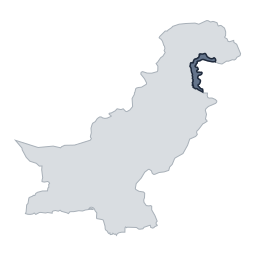 location of Azad Kashmir within Pakistan
{"feature_id": "PAK-1109", "entity_name": "Azad Kashmir", "entity_type": "Centrally Administered Area", "adm_level": 1, "iso_a3": "PAK", "parent_name": "Pakistan", "parent_adm1": "", "projection": "mercator", "projection_center": [73.919, 33.973], "detail": "fine", "context": "in_parent", "style": "filled", "palette": "slate", "viewbox_px": 256, "rotation_deg": 0, "n_neighbors": 0, "source": "natural_earth", "source_scale": "10m", "svg_char_len": 6595}
<svg xmlns="http://www.w3.org/2000/svg" viewBox="0 0 256 256"><path d="M236.7,44.3L240.6,53.7L240.0,55.7L236.9,57.3L235.7,59.2L234.3,60.0L232.4,59.7L228.5,61.2L226.6,61.1L222.0,64.0L218.5,63.4L214.8,61.7L211.5,61.6L202.4,59.5L197.7,61.4L195.4,66.1L195.6,67.0L197.2,67.6L197.9,68.5L198.0,69.2L196.9,71.2L197.6,72.1L201.7,72.6L201.7,73.3L201.3,74.3L198.3,76.0L197.9,77.1L198.3,78.6L200.3,80.7L199.9,82.7L198.2,85.1L198.3,86.0L200.0,87.8L202.5,89.2L202.8,91.4L202.5,92.2L203.2,92.9L207.5,93.1L207.2,95.6L207.8,97.5L209.2,98.1L212.0,98.0L215.4,99.5L216.8,101.0L216.7,102.0L215.7,103.3L208.5,106.4L206.0,108.6L205.3,110.3L206.5,114.3L205.5,118.9L205.8,119.7L206.7,120.1L207.1,121.3L203.5,123.6L203.0,123.6L198.4,129.7L196.9,131.0L196.6,132.4L197.3,134.5L195.6,136.5L189.7,139.1L187.6,145.2L183.0,153.5L175.2,157.9L174.5,158.8L172.2,164.4L169.7,167.0L168.7,170.4L164.1,171.9L159.1,172.5L154.8,174.3L153.7,174.4L152.3,173.4L151.4,170.8L149.4,169.4L148.3,169.4L144.7,172.2L141.2,178.1L136.2,183.6L135.3,188.5L135.8,189.5L139.0,191.3L143.5,192.0L144.7,193.2L144.5,197.7L143.7,199.9L144.0,202.4L146.3,205.6L148.9,205.9L150.6,205.6L151.7,206.2L151.7,209.9L154.9,215.5L157.2,221.2L156.2,222.3L156.1,223.0L156.2,224.3L157.2,225.1L157.2,225.6L155.0,226.5L153.8,227.7L152.6,228.1L150.7,227.4L150.3,225.3L149.5,225.4L144.0,227.3L142.9,228.8L139.9,229.2L138.7,229.1L136.5,227.5L127.4,227.2L126.4,227.7L125.7,226.9L125.0,227.7L124.9,232.2L121.6,232.2L118.8,232.8L117.1,233.9L116.5,235.4L115.4,234.0L114.2,234.3L112.9,233.2L112.3,234.3L110.2,234.6L109.9,232.9L108.8,233.5L107.9,232.6L107.6,231.4L106.0,230.3L105.2,229.0L105.0,226.1L103.3,220.2L102.3,219.6L96.8,218.6L96.5,217.5L96.8,212.9L95.0,210.6L94.5,209.0L93.0,207.6L91.6,207.2L90.1,207.4L88.9,208.8L92.0,208.6L93.5,209.6L90.3,209.3L85.4,210.0L82.6,211.0L78.8,210.7L74.0,211.6L70.0,211.7L68.4,213.6L66.8,212.8L61.4,211.3L60.1,210.2L58.3,211.2L55.4,210.5L53.1,211.0L52.2,211.9L52.2,213.2L47.7,212.5L45.5,213.0L40.7,212.4L39.4,212.5L35.8,214.4L34.2,213.0L32.7,214.0L30.2,214.4L27.9,214.3L25.4,213.6L26.1,212.0L26.7,204.9L28.0,203.4L28.8,198.5L29.2,197.5L32.7,196.1L33.2,195.3L34.8,195.5L35.8,193.4L37.5,192.3L42.4,191.0L47.5,190.9L47.9,188.0L48.8,187.4L48.7,184.3L49.6,183.5L49.5,183.1L48.9,182.2L47.7,181.5L44.2,182.1L42.0,181.6L42.1,179.9L42.7,177.7L41.7,169.8L42.0,166.0L39.3,166.1L36.3,163.3L29.9,161.2L26.2,157.3L22.2,149.8L22.0,148.1L15.4,140.3L38.1,147.5L53.2,146.1L60.6,147.8L61.6,146.7L64.7,145.3L74.5,145.1L90.3,140.2L91.4,138.5L90.5,137.3L90.4,136.3L91.3,132.9L91.0,128.2L91.9,125.1L92.6,123.3L95.3,121.6L97.2,118.7L98.6,117.6L99.9,116.9L101.3,117.0L102.6,117.9L104.9,118.4L107.2,118.1L111.2,116.3L111.1,115.7L109.3,114.5L109.0,113.7L109.7,113.1L111.2,113.0L115.1,110.9L117.1,108.8L121.0,109.6L123.2,108.8L125.7,111.4L126.9,111.6L129.9,109.9L132.6,106.6L132.1,98.5L134.4,94.3L134.4,93.0L135.0,91.9L135.7,88.8L136.6,88.0L138.5,87.5L141.5,87.2L146.3,84.3L146.6,83.0L144.5,78.8L140.8,74.1L141.1,72.3L142.6,71.6L147.2,73.1L151.7,73.2L157.3,71.6L157.8,70.4L157.9,66.2L156.1,63.5L157.5,62.3L160.6,57.8L162.9,56.1L165.2,52.5L164.1,50.6L164.9,48.6L164.5,46.2L163.8,45.4L162.5,41.3L161.3,39.5L159.1,37.8L159.8,36.4L165.2,31.0L167.3,31.0L168.0,30.1L171.8,27.5L172.6,26.4L179.1,24.2L186.0,23.5L195.0,23.1L198.8,24.2L206.6,20.6L207.9,20.6L210.6,22.0L212.9,21.4L214.2,21.7L217.0,22.7L218.1,25.7L218.6,26.0L220.1,25.4L221.4,25.7L224.5,28.1L225.7,31.9L225.6,35.6L224.7,37.0L224.8,37.6L227.0,38.8L228.1,41.4L229.6,41.7L233.7,40.4L233.9,42.4L236.7,44.3Z" fill="#d9dde1" stroke="#a8b0b8" stroke-width="1"/><path d="M215.3,61.7L215.1,61.6L214.6,61.6L213.7,61.8L212.4,61.8L207.5,60.8L204.0,59.6L203.1,59.4L202.2,59.5L201.3,59.8L200.3,60.6L199.9,60.8L197.7,61.2L197.5,61.3L197.1,61.6L197.1,62.0L197.2,62.4L197.2,62.9L197.0,63.3L196.4,63.7L196.1,64.1L196.1,64.8L196.0,65.0L195.9,65.1L195.6,65.3L195.4,65.4L195.2,65.8L195.1,66.2L195.2,66.6L195.5,66.9L195.9,67.1L196.2,67.3L196.6,67.3L197.0,67.3L197.4,67.3L197.6,67.6L197.9,68.4L198.1,68.8L198.2,69.1L198.2,69.5L197.9,69.7L197.1,70.2L196.8,70.5L196.7,71.0L196.8,71.5L197.1,72.0L197.5,72.3L197.9,72.4L198.9,72.1L199.2,72.1L199.9,72.4L200.4,72.4L200.9,72.2L201.4,72.2L201.9,72.5L202.0,73.1L201.9,73.6L201.6,74.1L201.2,74.5L200.7,74.8L200.2,75.0L198.7,75.3L198.4,75.6L197.9,76.5L197.8,76.9L197.7,77.1L197.7,77.6L197.7,77.8L197.8,78.1L197.9,78.3L198.6,78.9L199.5,79.4L200.2,80.0L200.5,80.9L200.2,82.2L199.7,83.4L199.6,83.6L199.4,83.9L199.3,84.1L199.0,84.3L198.5,84.5L198.3,84.6L198.1,84.9L198.1,85.6L198.3,86.2L198.7,86.5L199.2,86.9L199.6,87.4L200.4,88.4L200.9,88.7L202.2,89.0L202.6,89.2L202.7,89.6L202.8,90.4L202.9,91.3L202.9,91.6L202.7,91.9L202.7,92.0L198.0,89.6L197.9,89.5L197.7,89.1L197.6,88.9L197.2,88.7L196.5,88.6L196.3,88.7L196.2,88.7L195.9,88.8L195.6,88.8L195.3,88.7L195.1,88.6L195.0,88.3L194.5,88.1L193.7,87.7L193.3,87.4L193.0,87.0L193.3,86.7L193.4,86.4L193.5,86.2L193.4,85.9L193.0,85.6L192.9,85.5L192.9,85.4L192.9,85.2L192.7,85.3L192.4,85.3L192.4,85.1L192.5,85.1L192.7,84.7L192.6,84.4L192.6,84.0L192.7,83.9L192.7,83.6L192.7,83.4L192.5,83.2L192.4,83.0L192.3,82.7L192.5,82.5L192.6,82.3L192.8,81.8L192.9,81.7L193.0,81.7L193.1,81.4L193.0,81.2L192.9,80.6L193.0,80.4L193.2,80.1L193.2,79.8L193.0,79.5L192.9,79.2L192.4,78.7L192.4,78.3L192.4,78.2L192.6,77.5L192.7,77.3L192.7,77.0L192.6,76.7L192.5,76.4L192.4,76.2L192.2,75.7L192.5,74.5L192.4,73.9L191.6,72.3L191.4,71.3L191.2,70.3L191.2,70.1L191.2,69.9L191.2,69.4L191.2,69.1L190.9,67.9L190.7,67.7L190.6,67.3L190.0,66.5L189.9,66.1L190.0,66.0L190.1,65.7L190.3,65.2L190.3,64.6L190.4,64.3L190.4,64.2L190.4,63.7L190.5,63.5L190.5,63.4L190.6,63.2L190.7,62.9L190.8,62.8L191.2,62.8L191.3,62.8L191.7,62.8L191.8,62.8L192.0,62.7L192.3,62.5L192.5,62.5L192.8,62.6L192.9,62.9L193.0,62.9L193.2,62.6L193.5,61.8L193.5,61.7L193.4,61.3L193.4,61.2L193.8,60.4L193.9,60.2L194.0,59.9L194.1,59.7L194.4,59.4L194.6,59.2L194.8,59.1L195.2,59.1L195.3,59.1L195.7,58.8L196.1,58.7L196.6,58.8L196.7,58.7L197.0,58.5L197.2,58.4L197.3,58.3L197.4,58.1L197.5,58.0L197.6,57.9L198.0,57.8L198.3,57.7L198.5,57.6L198.7,57.2L198.8,57.0L198.8,56.9L199.0,56.8L199.0,56.7L199.1,56.4L199.1,56.1L199.2,55.9L199.3,55.7L199.5,55.5L199.6,55.4L199.6,55.2L199.3,55.0L199.3,54.9L199.2,54.9L199.2,54.7L199.3,54.3L199.4,54.2L199.5,54.1L200.0,53.9L200.7,53.9L202.0,54.1L203.1,54.0L204.0,53.7L204.7,53.5L205.1,53.5L205.5,53.8L205.9,54.2L206.2,54.8L206.8,56.0L207.1,56.6L207.4,56.9L209.4,58.1L210.3,58.5L211.2,58.7L211.8,58.7L212.2,58.7L212.6,58.5L213.1,58.4L213.4,58.3L213.9,57.8L214.1,57.8L214.4,57.9L215.1,58.6L215.4,59.0L215.6,59.6L215.7,60.2L215.7,60.7L215.3,61.5L215.3,61.7Z" fill="#64748b" stroke="#1e293b" stroke-width="1.5"/></svg>